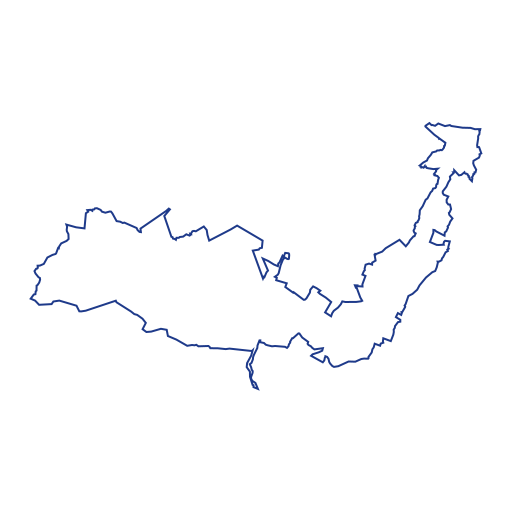 the district of Villa de Álvarez, Colima, Mexico
{"feature_id": "50627088B49259449060306", "entity_name": "Villa de Álvarez", "entity_type": "district", "adm_level": 2, "iso_a3": "MEX", "parent_name": "Mexico", "parent_adm1": "Colima", "projection": "albers", "projection_center": [-103.768, 19.327], "detail": "fine", "context": "isolated", "style": "outline", "palette": "blue", "viewbox_px": 512, "rotation_deg": 0, "n_neighbors": 0, "source": "geoboundaries", "source_scale": "gbopen_adm2", "svg_char_len": 6073}
<svg xmlns="http://www.w3.org/2000/svg" viewBox="0 0 512 512"><path d="M443.2,257.0L445.6,252.3L447.9,251.0L447.3,249.6L448.7,248.7L448.2,248.1L448.4,246.5L449.8,241.4L445.1,240.8L444.1,241.7L443.4,244.1L443.7,244.7L438.9,245.0L436.7,244.9L429.9,242.0L433.4,232.8L433.4,229.9L434.7,230.1L436.2,231.4L444.5,235.7L444.8,232.4L446.2,231.4L448.0,227.6L447.6,226.4L449.0,224.8L450.2,221.6L452.5,218.4L449.3,214.8L448.9,212.9L449.6,212.3L451.1,209.1L450.0,204.5L448.3,204.5L446.7,202.4L446.6,199.8L448.3,196.5L443.7,194.7L442.7,192.9L442.8,191.3L446.4,186.7L448.4,182.2L450.3,179.3L449.9,176.6L453.6,173.1L453.4,172.7L453.7,172.8L454.2,171.8L454.2,170.2L459.0,175.4L461.3,174.9L464.4,172.3L464.6,173.0L465.5,173.7L466.6,173.7L467.7,174.4L467.7,175.0L468.8,176.0L468.5,176.8L469.6,177.5L469.5,178.8L471.9,181.2L472.4,178.1L472.0,177.2L473.2,175.4L473.3,174.1L474.3,173.9L474.5,172.3L475.5,172.3L476.2,169.7L473.9,165.4L473.2,163.2L473.5,160.8L479.0,157.6L479.8,155.5L479.5,154.3L481.3,153.4L479.3,147.7L478.9,147.0L477.4,147.1L477.1,145.2L478.2,138.3L478.1,136.7L478.5,135.4L479.3,134.4L479.6,132.3L479.3,130.8L480.0,130.5L480.3,129.1L474.9,129.2L470.6,127.9L462.5,127.7L451.3,126.0L449.9,125.1L445.0,126.1L438.3,123.5L435.1,125.8L432.4,125.0L431.5,125.1L429.4,123.1L425.5,125.8L425.4,126.5L434.3,134.7L438.7,137.9L439.1,138.9L439.7,138.7L445.4,142.8L444.8,145.7L444.1,146.0L444.0,147.6L442.6,149.5L441.8,150.2L440.3,149.9L439.6,150.4L437.1,150.5L436.2,151.4L432.3,152.4L430.8,154.9L427.9,158.3L427.0,160.5L423.3,162.5L419.8,165.5L420.4,165.7L420.5,166.5L420.9,166.4L421.3,167.5L422.0,167.1L423.6,167.7L424.7,166.2L424.8,166.9L426.0,166.6L426.6,167.9L428.4,168.3L433.5,169.1L437.7,168.7L436.0,170.2L436.1,171.3L434.0,174.0L434.9,174.7L434.6,175.3L437.4,176.0L438.9,177.8L438.1,180.0L437.5,183.9L436.7,184.1L436.2,185.2L436.1,187.0L435.3,188.1L433.1,188.6L432.2,190.9L430.6,192.4L427.4,198.5L425.7,199.7L422.7,206.2L419.8,210.3L419.6,214.3L419.1,216.3L419.3,218.1L418.5,220.3L417.6,221.4L417.6,222.2L415.8,222.9L414.6,225.3L415.4,226.2L414.8,226.9L414.8,228.3L413.6,230.4L413.7,231.2L414.4,232.7L415.7,233.4L414.5,236.2L413.5,236.3L409.9,240.4L408.9,242.5L405.8,246.3L399.5,239.8L385.7,248.2L382.2,251.6L376.2,254.0L375.3,253.9L375.3,254.9L374.6,254.9L375.6,260.6L372.2,262.6L372.1,264.6L369.0,263.6L365.6,264.7L364.6,268.7L364.8,270.2L363.9,271.1L362.4,274.6L365.5,275.9L362.4,284.3L362.5,286.5L356.7,286.1L357.1,285.4L354.9,285.3L355.9,287.7L356.6,287.5L360.3,297.5L362.2,300.8L361.1,301.3L356.5,301.9L345.4,302.0L342.3,301.4L340.8,304.3L338.0,307.6L333.8,310.8L332.2,313.2L331.1,316.3L325.1,312.4L331.2,302.0L325.8,297.6L319.8,293.8L318.3,292.3L320.3,290.7L316.5,288.1L313.1,286.4L310.3,289.7L309.9,292.6L306.4,298.4L304.9,299.7L303.7,299.8L293.6,292.2L293.2,292.7L285.3,287.0L286.7,283.3L276.2,280.2L276.8,277.8L274.9,276.8L277.8,274.7L278.7,273.1L280.6,265.3L283.0,259.4L284.9,257.5L287.2,258.9L288.2,259.1L288.9,258.8L289.2,255.4L289.1,254.0L288.6,253.3L285.2,252.9L284.0,255.8L283.1,256.6L282.5,255.8L279.4,262.6L278.3,263.5L277.9,266.2L273.9,264.5L268.3,261.0L262.8,258.5L268.0,270.6L266.5,272.3L264.4,277.2L263.8,276.8L263.0,278.6L252.8,250.6L258.8,249.6L259.7,248.3L261.9,247.8L262.6,240.6L237.1,225.6L230.6,229.5L209.2,240.6L207.5,235.0L206.7,230.0L203.8,226.5L195.8,231.3L194.0,230.9L192.5,231.2L191.1,233.3L191.2,234.1L190.2,233.8L190.5,234.9L189.6,235.6L186.3,234.3L183.2,236.6L179.8,237.0L178.8,237.8L176.5,237.8L175.9,239.8L174.8,239.0L173.0,238.6L172.5,237.1L171.4,236.8L164.3,216.0L169.9,209.4L168.8,208.6L166.1,211.0L140.5,228.6L140.9,232.1L139.5,231.9L137.6,230.1L136.6,228.0L124.3,222.6L122.8,223.0L120.2,221.7L116.6,221.1L112.4,213.4L111.0,211.6L109.8,211.5L105.4,212.7L102.0,211.7L100.6,209.9L96.9,208.2L94.9,208.4L94.2,209.4L92.5,209.6L92.3,210.8L90.5,209.8L87.3,210.1L88.2,211.7L85.9,213.2L84.5,228.4L76.1,227.3L66.4,224.6L67.1,226.6L66.7,229.9L66.9,231.3L68.4,234.1L68.6,239.0L66.6,240.9L61.2,243.4L59.1,246.6L58.8,248.3L58.1,248.0L56.1,253.4L55.5,254.0L52.5,254.9L47.4,257.5L43.8,263.9L39.9,265.6L37.6,265.7L37.8,267.8L37.3,268.5L36.1,268.8L34.5,271.1L35.5,273.5L38.5,277.2L39.9,278.0L40.1,279.7L39.2,282.6L37.4,285.2L36.6,285.6L36.5,290.6L35.7,291.4L35.4,294.2L33.8,294.5L30.7,298.7L35.1,300.6L39.1,304.8L51.6,304.1L53.4,301.5L59.3,300.6L76.5,305.7L79.3,311.3L81.2,311.4L85.7,310.7L115.8,300.7L116.4,302.2L130.9,311.4L134.3,314.1L137.2,314.9L142.5,318.7L145.8,322.9L142.6,329.2L146.4,332.0L151.2,331.6L160.9,328.8L166.7,329.8L167.9,336.0L176.4,339.6L187.2,345.8L192.0,345.0L194.6,345.3L196.3,344.8L198.4,346.3L208.4,346.0L209.6,346.9L210.3,348.2L218.0,348.3L225.7,349.1L229.5,348.6L250.8,350.9L252.1,350.9L252.6,350.4L251.2,355.6L247.1,363.1L246.7,367.1L249.9,371.6L250.0,376.8L252.6,384.9L253.5,385.2L253.5,387.1L257.9,388.9L255.4,382.9L252.5,381.0L251.3,379.2L251.0,377.2L252.6,372.8L252.7,371.1L251.7,369.7L251.2,367.4L249.8,364.2L251.5,362.9L252.9,359.3L253.1,357.1L253.9,354.9L257.3,348.0L257.5,345.5L259.5,340.4L260.3,340.4L260.2,342.2L264.0,343.0L265.8,344.7L267.7,345.3L272.0,346.3L275.1,346.0L285.0,346.8L287.0,347.9L288.5,346.2L288.9,344.4L290.2,342.6L290.1,341.7L292.2,338.2L293.0,338.2L298.4,333.4L299.4,333.5L302.2,337.5L308.2,341.9L307.6,343.8L308.5,345.0L310.8,346.2L312.3,347.9L314.4,349.4L322.9,348.2L322.2,350.7L318.8,352.3L312.6,354.3L311.1,355.8L322.8,362.3L324.3,360.4L324.9,357.4L325.5,356.9L325.5,356.3L327.1,356.9L328.5,358.8L329.2,361.9L330.1,363.5L332.3,366.0L334.0,366.9L338.3,366.2L348.6,361.5L355.3,361.7L361.3,359.0L364.0,358.6L368.1,358.7L368.5,358.3L368.5,356.9L371.7,352.5L372.4,349.3L373.7,347.4L374.7,343.7L380.1,345.7L380.7,343.6L383.3,342.7L382.9,341.5L383.3,338.3L390.8,341.1L393.3,334.7L393.8,332.0L393.7,329.6L394.8,327.8L395.0,326.1L398.0,322.1L400.3,321.7L400.3,319.8L395.9,317.1L397.9,313.1L401.2,314.9L402.0,312.5L401.6,312.1L402.4,311.8L405.1,307.1L405.2,306.5L404.6,305.6L405.6,304.1L408.4,296.0L412.5,293.9L417.2,289.7L419.5,285.4L426.0,277.5L432.3,272.2L435.2,271.0L436.7,267.4L437.9,262.5L437.6,261.6L439.1,261.6L441.5,260.3L442.0,258.4L443.2,257.0Z" fill="none" stroke="#1e3a8a" stroke-width="2"/></svg>